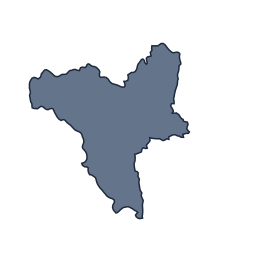 outline of Santo Antônio do Jacinto, Minas Gerais, Brazil, rotated 335°
{"feature_id": "56859067B97088826230924", "entity_name": "Santo Antônio do Jacinto", "entity_type": "district", "adm_level": 2, "iso_a3": "BRA", "parent_name": "Brazil", "parent_adm1": "Minas Gerais", "projection": "robinson", "projection_center": [-40.275, -16.528], "detail": "fine", "context": "isolated", "style": "filled", "palette": "slate", "viewbox_px": 256, "rotation_deg": 335, "n_neighbors": 0, "source": "geoboundaries", "source_scale": "gbopen_adm2", "svg_char_len": 3622}
<svg xmlns="http://www.w3.org/2000/svg" viewBox="0 0 256 256"><g transform="rotate(335 128 128)"><path d="M206.3,82.8L205.9,81.1L204.4,79.9L202.6,79.4L201.1,79.1L199.8,78.0L198.6,75.6L197.9,73.5L197.3,70.9L196.8,68.4L195.7,66.3L193.5,65.4L191.4,65.9L189.6,66.1L187.1,64.9L184.4,63.6L183.1,65.7L182.5,67.8L180.2,68.8L179.7,70.9L179.4,72.5L177.5,72.2L175.8,71.8L174.1,72.5L173.4,74.8L172.9,77.2L171.6,78.0L170.9,76.1L171.3,73.6L170.6,71.7L169.0,71.7L167.4,72.7L165.5,73.7L164.1,74.4L162.8,75.7L161.6,77.3L160.4,78.6L158.4,79.9L156.2,79.9L154.6,79.1L152.6,79.4L150.3,79.8L149.6,82.6L148.0,84.7L145.8,84.7L144.0,84.0L143.8,86.5L143.4,88.2L142.0,89.2L140.1,88.6L138.1,86.6L136.7,84.8L135.2,83.5L133.7,82.2L132.2,80.8L131.1,78.3L130.7,75.3L129.6,73.0L127.7,71.6L126.2,71.1L124.6,70.5L124.0,68.8L125.0,67.0L126.2,65.1L126.2,63.2L125.6,61.5L125.0,59.8L123.5,58.1L121.7,57.0L120.7,55.5L120.1,54.0L118.9,53.0L117.4,53.5L116.3,54.6L114.6,55.1L112.6,53.6L110.5,53.3L108.2,55.4L106.4,54.2L105.0,52.6L102.9,51.9L101.4,52.0L100.0,51.4L98.2,51.7L96.7,52.4L95.0,53.0L93.1,52.6L91.4,51.7L89.7,51.6L88.1,51.9L85.5,51.6L83.5,50.0L82.7,48.0L82.0,46.3L81.2,44.5L80.1,42.6L78.7,40.7L76.8,40.2L74.6,41.3L72.4,42.3L71.3,43.8L69.8,45.1L67.2,45.5L65.5,43.4L64.2,42.4L61.9,42.4L59.7,43.8L58.4,44.9L57.2,46.5L56.4,48.5L55.5,50.0L55.2,52.4L54.4,54.9L52.7,56.6L52.2,58.3L51.5,60.8L50.9,63.3L51.1,65.5L50.4,67.1L49.7,69.2L51.0,70.6L52.8,71.5L54.0,72.3L55.7,72.0L58.0,71.5L59.9,72.8L60.7,74.7L61.7,76.5L63.2,77.6L65.2,77.6L67.1,78.0L68.2,79.1L68.1,81.2L68.1,83.6L68.3,86.0L68.5,88.4L69.3,91.1L70.6,92.9L72.5,92.9L73.9,93.8L74.5,95.4L74.9,97.0L76.0,99.3L77.1,101.2L78.0,104.1L79.0,107.1L80.4,109.0L81.9,110.6L83.0,112.1L83.4,114.2L83.0,116.7L83.0,118.8L82.5,121.1L81.5,122.8L80.3,123.9L79.1,125.1L78.4,126.5L78.6,128.3L79.2,130.1L79.6,131.8L79.5,134.3L78.8,136.6L77.6,138.8L76.4,139.8L74.7,140.6L72.8,140.7L71.2,140.4L70.9,142.3L72.2,144.7L74.2,145.9L75.1,147.5L74.0,149.2L73.4,151.6L73.5,154.1L75.1,155.0L76.2,156.9L77.5,159.2L77.3,161.4L76.8,163.6L76.7,166.3L77.0,168.8L77.5,171.2L78.4,173.6L78.9,176.0L79.6,178.4L80.0,180.4L81.2,182.6L82.5,184.2L84.0,185.5L85.1,187.6L84.1,189.8L82.0,191.2L80.5,193.3L80.1,195.9L80.5,197.6L81.2,200.0L83.0,200.1L84.7,199.6L86.4,199.0L88.2,198.5L90.3,198.1L92.5,198.7L94.9,199.3L97.0,201.8L98.2,203.6L99.1,205.3L100.4,206.9L101.2,208.6L99.4,209.3L98.0,210.1L97.9,211.9L98.9,213.9L100.3,215.1L101.8,215.5L103.2,215.8L103.5,214.0L104.6,212.6L106.5,209.0L108.6,203.7L111.2,200.1L111.2,195.8L111.9,194.0L113.1,192.8L112.7,189.5L113.8,185.4L114.9,181.8L116.7,179.1L116.5,176.3L118.3,172.9L117.8,171.3L116.3,170.2L116.7,168.2L117.5,165.3L118.5,162.8L120.5,160.7L122.4,157.0L122.9,154.8L125.0,155.1L130.0,155.3L131.7,153.0L133.6,152.4L135.2,154.0L136.9,154.5L137.5,151.2L140.4,150.0L142.6,148.8L143.6,146.0L145.7,147.7L150.0,150.2L151.7,150.8L154.6,154.3L156.7,154.5L158.5,154.1L160.2,155.6L161.4,153.2L163.8,153.2L165.8,153.2L168.0,154.1L169.3,155.8L171.2,157.3L172.1,158.8L174.4,159.9L175.0,156.9L177.0,157.3L178.5,157.4L180.4,158.4L182.0,157.5L181.2,155.5L181.0,153.4L182.1,151.9L183.9,150.2L184.3,147.8L182.8,146.7L181.1,145.2L181.6,143.5L180.5,142.2L180.0,140.2L179.8,137.6L178.2,134.8L176.7,134.4L174.4,133.1L176.1,132.2L176.4,130.5L176.3,128.6L176.0,126.0L177.7,124.3L180.1,125.4L181.1,123.0L181.7,120.8L183.1,119.0L184.1,117.5L185.4,115.7L187.2,113.5L189.1,111.5L191.0,109.5L191.9,108.0L192.8,106.2L194.3,104.6L194.6,102.6L195.3,100.8L196.3,99.5L197.5,98.2L198.6,96.8L199.5,95.3L200.6,93.2L202.8,92.4L203.5,90.9L203.6,89.0L204.2,86.4L205.2,84.2L206.3,82.8Z" fill="#64748b" stroke="#1e293b" stroke-width="1.5"/></g></svg>